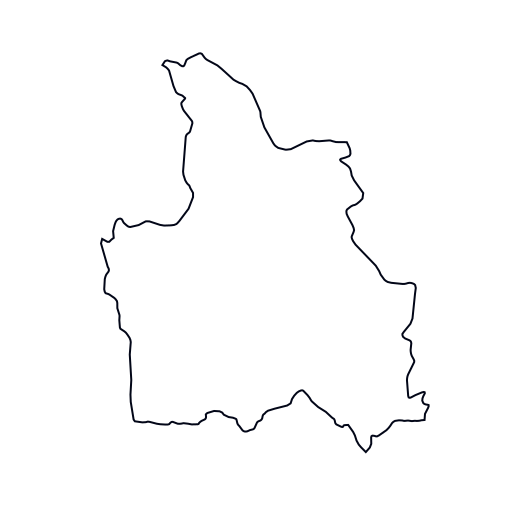 map outline of Daykundi (Robinson projection), rotated 263°
{"feature_id": "AFG-1753", "entity_name": "Daykundi", "entity_type": "Province", "adm_level": 1, "iso_a3": "AFG", "parent_name": "Afghanistan", "parent_adm1": "", "projection": "robinson", "projection_center": [66.112, 33.734], "detail": "fine", "context": "isolated", "style": "outline", "palette": "ink", "viewbox_px": 512, "rotation_deg": 263, "n_neighbors": 0, "source": "natural_earth", "source_scale": "10m", "svg_char_len": 5076}
<svg xmlns="http://www.w3.org/2000/svg" viewBox="0 0 512 512"><g transform="rotate(263 256 256)"><path d="M456.9,186.4L460.4,189.3L460.8,190.7L460.9,192.0L459.7,194.4L457.7,200.6L457.2,201.6L456.6,202.3L454.6,204.1L453.4,205.8L453.2,206.9L453.7,207.9L455.9,209.2L458.6,210.6L459.0,210.9L460.0,212.4L461.3,215.8L464.0,224.2L463.9,225.7L463.2,226.9L459.2,229.1L457.8,230.1L456.5,231.5L449.9,240.9L445.9,244.7L433.8,255.1L432.1,257.3L429.9,260.5L428.5,263.4L425.5,267.4L421.4,270.3L417.5,272.4L399.3,277.8L398.2,277.9L393.5,277.7L382.6,280.0L365.6,287.0L363.5,288.2L362.6,289.0L360.6,291.2L358.0,298.0L357.8,299.3L357.8,303.6L363.5,320.3L363.8,326.5L363.1,328.4L362.6,330.4L362.2,333.0L361.8,342.6L361.6,343.8L361.2,344.8L360.7,345.8L359.3,349.4L357.9,360.0L351.5,362.1L349.1,362.4L345.9,362.2L344.6,361.5L343.8,360.6L342.8,356.7L342.1,352.2L341.5,351.3L340.8,351.3L339.6,352.0L335.7,356.6L333.5,358.7L331.4,360.0L328.2,360.6L324.2,360.8L319.1,362.6L305.4,370.1L300.0,368.7L297.7,365.9L295.7,362.8L294.9,361.1L294.6,360.0L294.5,358.7L294.1,357.4L293.6,356.2L291.1,352.1L290.4,351.6L289.6,351.2L288.4,351.1L286.8,351.1L284.1,351.9L274.9,355.5L272.0,356.3L269.7,356.5L268.0,355.8L263.8,353.4L262.9,353.2L261.3,353.4L258.9,354.2L255.1,356.2L231.8,373.7L226.0,376.4L222.3,377.5L216.9,380.5L215.6,381.7L214.2,383.5L212.9,387.0L210.5,397.6L210.2,399.8L210.3,401.6L210.6,403.3L210.7,404.9L210.4,406.5L209.7,408.2L208.8,409.6L207.8,410.4L204.8,410.7L199.0,409.2L174.9,403.7L169.9,401.0L162.6,393.4L160.8,391.8L159.6,391.7L157.9,392.1L156.0,393.9L153.7,397.9L152.9,398.9L151.8,399.4L150.4,399.5L143.9,398.0L142.1,397.9L140.0,398.0L138.0,398.4L134.0,400.0L132.6,400.3L131.3,400.0L120.0,392.6L118.2,391.7L116.3,391.1L114.3,390.7L98.6,390.0L97.0,390.3L96.5,391.4L96.7,392.5L98.5,397.3L100.4,404.1L100.6,406.0L100.2,406.8L99.1,406.8L96.5,405.0L94.4,403.9L92.2,403.4L89.7,404.1L88.6,405.1L87.9,406.6L87.5,408.0L87.1,409.1L85.9,409.1L84.3,408.3L78.7,404.5L72.7,403.3L72.8,399.9L72.6,398.6L72.6,396.9L72.7,395.5L73.1,393.5L73.1,391.2L73.2,390.2L74.0,387.5L74.2,386.0L74.2,383.5L74.4,382.5L74.9,381.2L75.2,379.7L75.5,377.8L75.4,373.9L74.7,372.2L73.6,370.7L71.1,368.6L69.2,366.7L67.2,364.2L62.9,356.1L62.2,354.1L62.4,353.0L62.9,352.0L63.3,350.7L63.5,349.6L63.1,348.7L62.0,348.2L55.5,347.5L52.0,345.6L48.0,341.1L53.3,337.0L56.3,335.0L60.5,333.3L65.8,332.3L69.5,331.0L77.1,326.9L77.3,323.6L77.3,323.1L77.1,322.4L76.2,321.7L75.8,321.3L75.8,320.6L76.3,319.5L79.0,315.3L79.5,314.9L80.0,314.6L80.7,314.3L83.2,314.1L83.9,313.9L84.5,313.7L85.0,313.3L85.5,312.7L85.9,312.2L86.5,311.6L92.8,306.3L98.5,299.3L104.9,293.7L105.9,293.1L108.7,291.9L111.6,290.2L116.5,286.5L117.0,285.6L117.1,284.5L116.4,282.0L115.2,279.8L112.7,276.9L109.6,274.3L105.5,272.4L103.8,268.7L102.2,256.0L101.0,249.1L99.8,246.8L98.6,245.5L97.8,244.1L97.4,243.7L96.8,243.3L95.5,242.8L94.4,242.5L93.9,242.2L93.4,241.9L92.7,241.2L92.4,240.7L92.1,240.1L91.9,239.2L91.6,238.2L91.2,237.4L90.6,236.7L85.5,233.6L84.9,233.0L84.5,232.4L84.3,231.7L83.9,228.6L83.6,227.8L83.3,226.8L83.1,226.2L83.0,225.5L83.0,224.7L83.2,223.3L83.8,222.2L84.7,221.3L89.3,218.7L90.3,217.9L90.9,217.6L91.5,217.3L92.3,217.1L95.8,216.7L96.5,216.5L97.2,215.5L98.3,213.4L99.5,209.2L102.4,204.7L104.7,203.4L106.3,200.9L107.3,195.5L106.1,188.6L105.6,187.8L104.9,186.9L102.4,186.8L101.6,186.6L101.0,186.3L100.4,185.8L100.0,185.1L99.0,182.0L98.5,181.0L98.0,180.2L97.5,179.5L97.1,179.1L96.3,178.5L96.1,177.6L96.7,171.6L97.8,168.2L98.9,163.7L98.7,161.2L98.8,159.4L99.1,157.8L101.5,153.2L101.6,152.1L101.1,151.0L100.6,150.3L100.1,149.8L99.7,149.4L99.5,148.0L99.7,145.8L100.7,140.4L101.6,137.1L104.3,130.3L104.8,128.5L104.5,126.4L104.7,123.0L106.7,115.6L108.6,114.6L126.4,113.9L133.7,114.5L148.1,117.1L173.6,118.7L185.8,121.2L187.9,121.1L190.2,120.5L193.6,118.8L195.8,117.5L197.3,116.1L200.0,112.9L200.4,112.5L201.7,112.2L208.9,112.5L212.7,113.2L214.0,113.3L221.1,112.0L226.2,112.6L228.1,112.5L230.2,111.4L231.6,110.3L235.5,105.9L236.2,104.9L237.4,102.2L239.0,101.5L241.5,101.3L251.5,103.1L253.6,103.9L255.3,104.8L256.0,105.3L258.5,107.7L259.5,108.2L260.6,108.3L261.6,108.2L263.4,107.5L287.4,103.7L291.7,105.4L288.2,110.2L288.1,111.0L288.0,112.1L289.9,114.5L291.3,117.0L298.1,117.2L304.2,119.5L306.6,120.7L308.0,121.7L309.2,123.1L309.6,124.3L309.7,125.7L309.3,126.6L308.7,127.3L307.9,127.7L305.9,128.4L304.8,129.0L302.3,131.2L301.1,132.4L300.4,133.6L300.1,134.8L301.0,143.3L303.8,150.7L303.7,152.2L303.3,154.5L298.6,164.5L297.4,168.5L296.8,175.3L296.8,178.5L297.4,180.8L298.1,181.9L300.1,184.2L311.1,194.8L322.1,200.7L326.3,201.2L331.3,199.1L333.7,198.5L334.6,198.0L335.4,197.2L337.1,196.1L339.7,195.0L345.4,193.9L348.7,193.9L382.8,200.8L384.3,201.5L385.2,202.3L385.8,203.2L386.3,204.2L386.8,204.9L387.1,205.3L388.1,205.9L395.4,209.0L396.8,209.1L397.9,208.8L408.8,202.2L410.7,201.4L413.9,200.6L415.6,200.4L416.7,200.5L417.1,200.7L417.9,201.4L420.9,204.8L421.4,204.9L421.9,204.5L422.4,204.0L423.8,202.8L424.4,202.1L425.9,199.2L426.5,198.3L427.3,197.5L428.4,196.6L434.8,194.8L450.7,192.3L452.5,191.2L454.2,189.8L456.9,186.4Z" fill="none" stroke="#020617" stroke-width="2"/></g></svg>